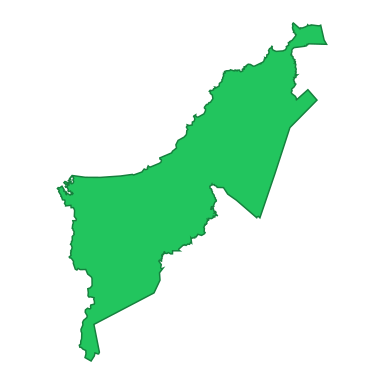 ÅpÅtiki District, Bay of Plenty, New Zealand (orthographic projection)
{"feature_id": "76426892B67902923412925", "entity_name": "ÅpÅtiki District", "entity_type": "district", "adm_level": 2, "iso_a3": "NZL", "parent_name": "New Zealand", "parent_adm1": "Bay of Plenty", "projection": "orthographic", "projection_center": [177.566, -38.035], "detail": "fine", "context": "isolated", "style": "filled", "palette": "green", "viewbox_px": 384, "rotation_deg": 0, "n_neighbors": 0, "source": "geoboundaries", "source_scale": "gbopen_adm2", "svg_char_len": 5795}
<svg xmlns="http://www.w3.org/2000/svg" viewBox="0 0 384 384"><path d="M85.0,357.6L91.1,361.0L94.3,356.0L95.0,352.9L98.1,354.0L98.7,353.8L99.4,352.2L93.9,324.4L154.0,292.9L160.0,280.2L159.5,272.8L163.0,268.2L161.6,268.8L161.0,268.3L160.7,267.3L161.3,264.6L158.8,261.1L159.4,260.2L161.5,261.1L161.6,259.8L161.2,259.0L162.0,258.6L161.9,255.8L162.4,256.1L162.5,255.3L162.0,255.2L162.3,254.6L163.2,254.5L163.2,253.8L164.2,253.6L163.9,252.2L164.5,251.9L165.3,253.3L166.9,253.5L168.3,252.6L170.8,253.9L172.5,253.8L172.6,250.8L179.7,250.8L178.9,250.3L178.7,249.2L183.2,245.1L184.0,245.3L184.6,244.7L186.0,245.4L187.7,244.1L189.5,244.3L190.7,242.4L191.6,243.1L190.9,237.8L191.5,238.5L192.8,237.8L194.8,237.9L195.1,236.9L196.2,236.9L197.9,234.3L201.6,235.4L204.6,233.6L205.1,232.5L204.1,231.8L204.4,228.2L203.8,227.6L204.5,225.7L205.1,225.3L204.9,224.4L206.3,224.2L206.9,223.4L206.6,222.5L207.6,220.5L207.4,219.5L208.4,220.2L208.8,219.9L208.5,218.4L211.6,218.6L213.1,217.6L213.3,216.3L213.8,217.0L214.8,217.0L215.1,215.5L215.7,215.0L217.8,215.9L215.6,213.8L215.9,212.9L214.2,213.0L215.4,211.5L213.9,211.0L213.2,208.0L212.1,208.2L211.6,209.3L210.8,209.2L211.5,206.7L213.8,206.4L213.6,205.4L214.8,202.3L216.3,201.1L216.3,200.0L215.4,199.5L215.4,198.0L214.6,197.3L214.0,195.0L212.3,192.8L212.4,191.4L211.5,190.6L211.8,189.9L211.3,188.9L210.1,188.3L209.8,186.3L211.6,185.0L212.0,184.1L212.3,184.9L214.3,184.6L214.6,185.4L216.5,186.2L217.2,187.4L223.5,187.6L227.7,194.1L236.4,200.2L256.7,217.7L257.0,216.9L258.5,216.4L259.9,217.8L274.9,173.7L289.9,127.6L317.0,100.1L307.9,89.7L296.0,100.3L296.6,98.9L295.4,96.4L291.7,93.5L291.3,92.3L292.1,90.8L291.7,90.1L291.8,88.9L294.0,87.0L295.8,84.1L294.5,83.4L294.7,82.3L293.8,80.9L294.0,80.0L293.5,79.7L294.5,78.2L294.0,77.5L295.8,77.4L296.2,75.8L297.1,75.0L295.5,75.3L295.9,74.7L295.5,74.4L295.9,74.1L295.4,73.8L296.2,72.0L295.5,71.5L296.2,69.7L296.0,68.1L295.3,67.6L295.8,64.4L295.4,64.3L295.3,62.7L294.6,62.9L295.3,61.5L294.2,60.9L294.9,59.8L293.1,58.6L293.0,56.8L291.9,56.0L291.7,54.9L291.0,54.8L291.9,51.8L291.8,50.3L292.4,49.0L294.1,47.6L304.5,46.3L304.8,45.7L305.8,46.1L306.8,45.5L306.9,44.5L307.8,44.6L308.4,43.8L326.6,44.3L324.1,40.0L320.7,25.2L319.1,25.9L311.1,24.9L310.9,25.4L308.4,25.5L307.7,24.8L307.4,25.8L305.6,26.8L302.3,28.0L300.4,27.9L300.0,28.8L293.4,23.0L292.8,23.4L292.5,24.6L293.0,26.2L292.5,27.2L292.7,29.1L293.7,30.3L293.3,30.6L293.9,31.4L293.5,32.3L294.9,33.1L295.3,34.3L296.0,34.5L295.7,35.8L292.2,40.3L289.7,41.6L289.8,42.4L288.4,42.6L288.7,45.2L286.3,46.6L286.6,47.9L285.4,49.8L282.9,50.9L276.1,51.4L273.1,50.1L272.3,49.0L272.0,47.5L272.3,46.7L271.9,46.3L270.8,48.1L269.6,48.6L268.5,50.7L269.2,52.0L268.2,54.5L266.9,54.8L266.7,57.2L265.8,57.8L264.8,57.5L265.2,58.7L264.3,59.1L264.1,60.6L262.8,62.2L261.3,62.9L261.1,63.6L260.7,63.8L260.4,63.3L254.6,66.1L253.3,66.2L250.5,64.5L248.2,64.2L246.1,65.7L246.2,66.5L244.2,66.8L244.5,67.6L243.9,68.0L244.4,68.1L244.3,69.2L242.4,69.5L242.7,70.9L240.8,71.8L239.7,71.0L239.5,70.1L237.6,70.2L237.8,70.5L237.1,70.9L235.1,70.0L234.8,70.8L233.8,70.8L230.4,69.8L229.8,70.6L226.4,70.8L224.6,71.5L225.2,72.8L223.5,73.2L223.7,74.0L223.3,74.8L223.7,75.9L222.8,77.4L222.7,78.9L222.0,79.5L221.9,81.5L219.4,83.4L219.2,85.9L216.8,87.5L214.8,87.1L215.4,88.1L213.6,88.8L213.5,89.8L211.6,90.6L210.2,90.3L209.3,91.3L210.3,92.0L210.3,93.4L212.3,95.1L212.9,98.7L210.4,102.4L209.0,102.6L207.8,104.4L206.5,104.5L204.4,107.3L204.5,108.2L205.5,108.9L205.4,111.0L203.9,113.9L198.1,117.1L196.8,117.0L195.6,115.8L195.7,114.8L193.7,116.1L193.6,116.7L194.4,117.2L194.8,119.4L193.9,121.5L192.4,122.0L192.1,125.0L188.3,125.6L188.2,125.1L187.2,124.8L187.4,125.5L186.4,127.1L187.8,129.5L186.8,130.6L186.5,134.0L186.1,134.9L184.1,137.1L178.1,140.4L175.9,144.8L176.5,148.0L172.5,151.2L171.6,152.9L159.8,157.9L160.0,159.1L161.2,159.6L161.4,160.6L161.1,161.9L159.6,163.2L150.5,167.0L149.3,166.9L148.2,165.9L147.4,167.8L147.7,168.7L147.0,169.3L145.6,169.6L144.2,169.0L141.9,172.0L133.5,175.0L132.4,174.4L120.6,176.0L100.5,177.4L85.3,177.3L72.1,175.5L69.6,178.6L69.9,178.9L71.0,177.0L73.1,176.7L73.7,178.5L73.0,179.4L73.7,181.5L73.4,182.5L72.6,183.5L71.4,183.7L71.1,182.6L69.9,183.0L69.4,182.4L70.6,181.5L69.1,181.7L68.2,183.0L69.0,184.9L67.7,185.3L67.0,187.2L67.0,188.0L67.2,187.6L68.3,189.5L68.0,190.9L68.6,191.6L70.5,191.1L70.8,192.1L71.7,192.5L71.8,193.3L72.7,193.2L73.0,193.6L72.6,194.0L72.5,193.4L72.2,193.9L71.5,193.6L71.4,194.4L70.8,194.2L70.1,195.1L66.8,193.1L66.3,192.2L65.9,192.8L66.4,193.5L66.3,194.5L66.1,194.4L65.1,191.2L63.8,191.0L64.1,189.7L62.0,186.2L59.7,187.8L58.2,187.6L57.4,188.6L59.3,190.4L58.7,191.6L61.0,195.3L60.9,196.4L61.5,196.7L62.5,199.8L64.8,200.1L65.1,201.8L64.5,203.5L65.6,204.9L65.6,205.9L70.9,205.3L71.1,207.7L73.3,207.6L73.7,208.1L74.6,210.5L74.3,216.4L76.4,219.1L75.9,220.6L72.8,220.7L73.4,222.9L72.7,224.7L72.2,228.4L72.9,228.8L73.1,230.2L74.2,231.6L73.8,233.5L74.2,234.3L72.2,236.6L72.3,240.7L71.5,241.3L71.5,242.6L70.5,244.3L71.3,245.0L72.1,247.3L71.8,249.1L70.7,251.0L71.2,251.7L70.6,253.0L71.0,255.4L69.2,257.0L69.7,257.8L71.3,258.2L73.5,261.3L73.3,263.4L75.3,269.2L76.9,270.0L78.1,268.4L80.2,269.6L85.8,269.5L87.7,274.1L91.2,276.8L92.0,278.3L92.1,285.6L90.2,287.9L87.8,288.7L88.3,292.5L88.0,295.8L89.0,297.1L90.4,296.8L94.1,297.7L93.7,299.3L94.3,300.8L94.5,303.4L94.2,304.1L90.8,305.0L90.5,306.2L90.8,308.0L90.3,308.7L89.5,308.9L87.6,308.2L85.4,310.0L85.2,312.2L87.3,315.9L86.8,317.6L83.6,320.3L82.6,322.4L82.9,325.0L81.0,329.3L81.1,331.4L81.8,333.0L81.6,338.9L80.8,341.0L80.6,344.2L79.3,345.2L79.9,347.3L81.3,347.4L82.7,349.0L85.8,350.5L86.0,353.9L85.0,357.6ZM67.3,183.9L67.1,182.3L65.0,181.5L63.9,182.7L66.1,184.8L67.3,183.9ZM71.4,179.5L69.3,179.7L68.6,180.4L69.4,180.7L69.5,180.0L71.4,179.5ZM66.0,187.7L65.8,186.1L65.3,186.6L66.0,187.7Z" fill="#22c55e" stroke="#15803d" stroke-width="1.5"/></svg>